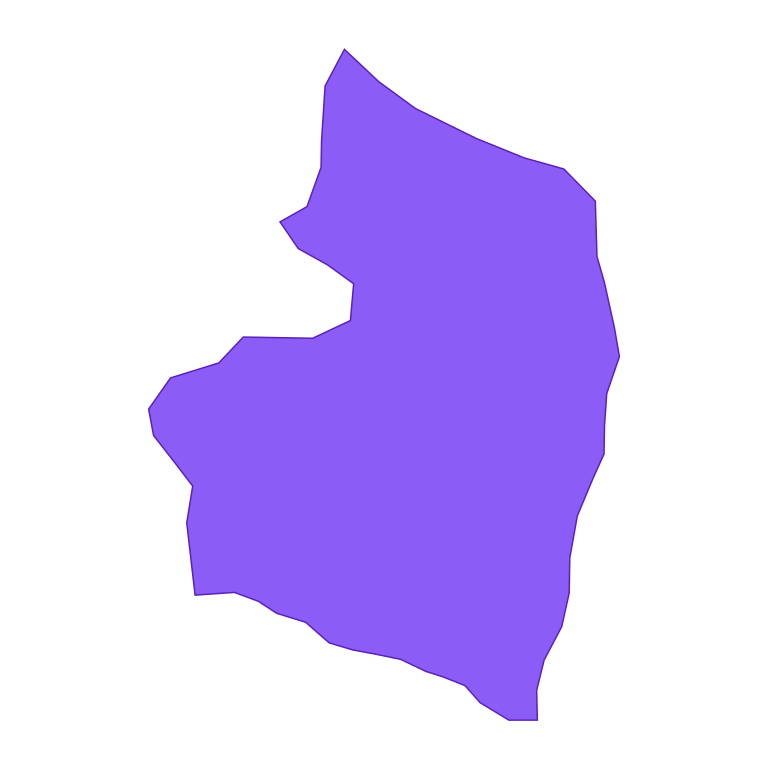 outline of Arnadi, Cyprus, rotated 91°
{"feature_id": "46923920B52091218012578", "entity_name": "Arnadi", "entity_type": "district", "adm_level": 2, "iso_a3": "CYP", "parent_name": "Cyprus", "parent_adm1": "", "projection": "natural_earth1", "projection_center": [33.853, 35.234], "detail": "fine", "context": "isolated", "style": "filled", "palette": "violet", "viewbox_px": 768, "rotation_deg": 91, "n_neighbors": 0, "source": "geoboundaries", "source_scale": "gbopen_adm2", "svg_char_len": 851}
<svg xmlns="http://www.w3.org/2000/svg" viewBox="0 0 768 768"><g transform="rotate(91 384 384)"><path d="M717.4,224.8L687.6,226.0L657.3,219.1L623.6,202.1L589.9,195.2L554.6,195.2L512.5,188.4L473.8,173.0L450.2,162.8L421.6,162.8L389.6,161.1L352.5,149.1L323.7,154.6L279.0,165.3L252.7,173.3L197.5,175.9L183.0,190.6L165.9,207.9L155.4,248.0L136.9,296.0L108.0,357.4L81.7,394.7L50.1,429.4L87.0,448.1L142.2,450.7L168.5,450.7L208.0,464.1L223.7,490.8L250.1,472.1L265.8,442.7L284.3,416.1L321.1,418.7L339.5,456.1L339.5,496.1L339.5,525.5L365.8,549.5L381.6,597.5L413.2,618.9L439.5,613.5L465.8,592.2L489.4,573.5L526.3,578.8L598.4,569.2L595.0,529.9L603.4,506.0L615.2,487.2L623.6,458.2L643.8,434.3L650.5,410.4L653.9,389.9L659.0,362.6L670.7,337.0L675.8,319.9L684.2,297.7L701.0,282.3L717.9,253.3L717.4,224.8Z" fill="#8b5cf6" stroke="#5b21b6" stroke-width="1.5"/></g></svg>